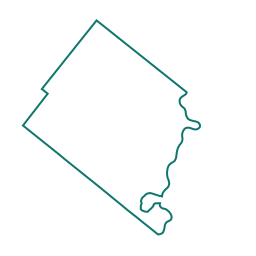 outline of Atchison, Missouri, United States of America, rotated 218°
{"feature_id": "52423323B76022746373485", "entity_name": "Atchison", "entity_type": "district", "adm_level": 2, "iso_a3": "USA", "parent_name": "United States of America", "parent_adm1": "Missouri", "projection": "mercator", "projection_center": [-95.613, 40.423], "detail": "fine", "context": "isolated", "style": "outline", "palette": "teal", "viewbox_px": 256, "rotation_deg": 218, "n_neighbors": 0, "source": "geoboundaries", "source_scale": "gbopen_adm2", "svg_char_len": 1623}
<svg xmlns="http://www.w3.org/2000/svg" viewBox="0 0 256 256"><g transform="rotate(218 128 128)"><path d="M103.8,192.3L219.0,193.4L219.9,105.7L212.4,105.6L212.3,65.3L209.5,65.3L209.4,65.3L209.1,65.3L208.9,65.3L207.6,65.2L207.2,65.2L206.4,65.2L171.3,64.8L164.4,64.7L159.5,64.5L146.7,64.3L130.1,64.1L112.9,63.9L112.5,63.9L110.5,63.8L103.8,63.7L97.9,63.5L86.5,63.3L77.0,63.0L63.0,63.0L63.0,62.9L44.8,62.7L38.9,62.6L38.0,63.4L36.5,65.5L36.1,67.3L37.0,70.3L39.1,74.1L39.5,75.3L39.6,76.6L39.6,77.6L39.2,78.6L38.1,80.8L37.8,82.3L38.0,83.3L38.5,84.3L39.8,85.6L41.6,86.6L44.2,87.3L47.7,87.4L49.5,86.8L51.4,85.9L52.2,85.7L54.7,86.1L56.1,87.5L56.5,88.4L60.0,85.6L60.7,83.7L60.0,82.1L60.2,78.8L60.7,76.6L60.9,74.1L63.1,72.6L65.7,71.8L67.8,71.8L69.8,74.2L70.8,76.9L72.7,78.3L73.5,80.2L73.8,81.7L72.8,87.6L70.9,90.1L69.0,91.1L61.6,93.8L60.5,94.5L59.1,95.0L60.4,97.5L60.8,99.7L60.6,102.5L60.3,104.4L60.1,105.7L60.2,106.9L60.8,108.7L61.2,109.5L63.9,111.9L66.2,113.2L67.8,114.6L69.8,116.9L72.0,120.6L72.8,123.5L72.6,125.9L72.0,127.6L71.2,129.9L71.0,131.1L71.7,134.0L74.7,139.1L76.4,142.9L76.9,146.3L76.8,147.7L76.9,149.7L77.3,151.1L78.5,153.2L80.2,154.8L81.6,156.6L82.3,158.1L82.6,159.1L82.9,161.4L82.8,162.5L82.1,164.1L80.7,165.4L79.5,166.1L75.2,167.6L73.4,168.8L72.5,170.1L72.1,171.6L72.0,172.8L72.3,173.6L73.2,174.7L74.1,175.2L76.0,175.6L76.9,175.5L78.7,174.8L82.8,172.9L84.4,172.4L85.8,172.2L86.7,172.3L88.3,172.9L90.3,174.0L92.9,176.6L93.8,177.3L95.5,178.1L99.7,178.3L101.6,179.0L102.6,179.6L104.3,181.5L104.8,182.5L105.0,183.6L104.8,185.6L103.4,189.7L103.3,191.0L103.8,192.3Z" fill="none" stroke="#0f766e" stroke-width="2"/></g></svg>